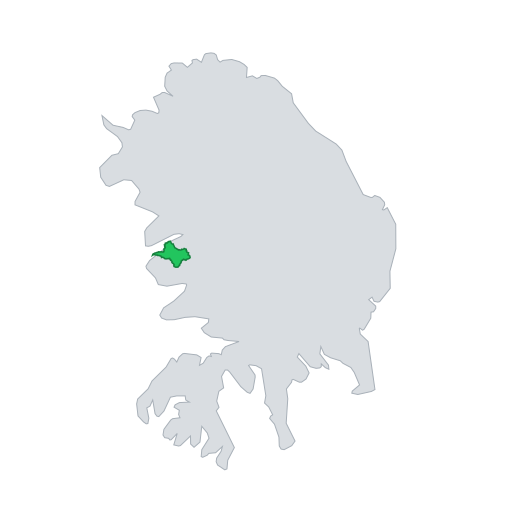 location of Dalvíkurbyggð, Norðurland eystra, Iceland, rotated 262°
{"feature_id": "244011B31014041409595", "entity_name": "Dalvíkurbyggð", "entity_type": "district", "adm_level": 2, "iso_a3": "ISL", "parent_name": "Iceland", "parent_adm1": "Norðurland eystra", "projection": "albers", "projection_center": [-18.585, 65.893], "detail": "fine", "context": "in_parent", "style": "filled", "palette": "green", "viewbox_px": 512, "rotation_deg": 262, "n_neighbors": 0, "source": "geoboundaries", "source_scale": "gbopen_adm2", "svg_char_len": 8110}
<svg xmlns="http://www.w3.org/2000/svg" viewBox="0 0 512 512"><g transform="rotate(262 256 256)"><path d="M382.6,138.9L386.8,139.0L393.5,135.5L402.9,125.8L407.0,123.6L416.5,123.0L405.4,132.6L401.7,142.5L398.7,147.4L398.9,149.5L407.4,154.9L411.3,152.8L413.0,153.4L414.8,156.1L416.2,161.5L415.8,167.3L413.8,173.2L410.8,178.2L411.4,179.7L414.0,180.3L427.5,176.6L429.5,183.5L430.9,185.8L430.7,188.2L425.7,196.1L431.8,190.9L436.8,189.2L445.7,191.0L449.5,193.4L451.9,198.1L456.1,196.2L458.3,198.8L458.6,201.7L457.3,209.9L452.4,214.3L456.0,219.9L458.6,219.8L459.2,221.1L459.2,224.6L455.4,228.9L462.4,232.9L463.4,234.5L463.4,239.7L462.5,242.7L460.6,244.6L455.8,245.3L453.0,247.4L454.3,250.5L454.0,259.3L450.7,266.7L447.4,270.8L444.0,273.5L434.1,271.4L434.9,277.5L431.7,281.5L432.5,284.7L433.9,286.2L433.5,290.3L429.6,299.0L426.6,301.9L420.4,305.6L411.7,313.8L402.5,314.2L380.1,326.3L371.3,332.6L355.7,351.0L348.9,355.8L337.2,358.4L301.9,370.7L298.0,377.8L297.8,379.3L299.4,382.0L296.8,386.9L291.4,390.6L288.8,390.6L284.3,387.6L283.8,389.0L285.6,392.7L268.0,398.8L243.7,395.5L222.3,386.5L205.3,384.4L193.6,372.1L193.4,370.2L194.7,366.6L199.1,365.2L197.1,361.5L189.7,367.6L187.4,367.3L184.4,364.6L184.4,362.1L178.4,361.0L168.4,352.9L167.7,351.2L170.2,348.7L169.8,348.2L164.2,348.4L155.7,355.1L107.2,355.2L105.8,351.4L104.7,337.5L106.8,331.8L108.8,332.5L113.9,340.6L127.0,337.1L132.4,334.4L137.6,327.2L140.5,324.9L144.9,315.6L149.1,310.0L157.3,307.6L150.2,305.6L137.8,312.6L133.7,312.4L135.8,309.1L140.1,305.6L137.3,305.2L136.3,303.5L136.4,299.9L138.8,294.3L153.4,284.9L150.2,282.8L140.0,290.0L132.8,292.3L127.2,288.4L124.7,283.5L125.0,281.4L128.7,275.6L128.3,274.4L126.0,273.6L120.1,267.6L110.3,267.6L86.2,262.6L67.3,268.9L63.2,265.0L60.3,256.9L61.3,254.0L64.6,252.6L73.5,253.5L86.9,250.9L93.2,246.9L95.4,248.2L96.4,250.4L104.7,247.6L109.2,244.0L116.3,246.3L143.6,245.8L147.4,240.8L149.1,234.7L148.6,233.4L138.3,238.5L136.1,238.3L124.7,234.6L120.8,231.0L122.3,228.3L128.7,222.8L144.8,213.8L147.0,212.0L147.4,209.6L141.5,205.1L129.9,205.6L127.2,200.4L117.8,196.9L111.3,198.3L108.2,195.1L69.3,207.9L57.7,199.6L49.2,197.6L48.6,195.3L54.3,188.9L57.8,187.9L61.3,188.9L67.5,194.3L72.0,196.2L66.8,188.6L67.1,181.8L65.5,179.9L64.1,175.2L65.0,173.8L71.8,175.4L82.1,184.1L87.6,183.1L94.9,178.6L79.5,174.6L75.2,168.0L78.9,165.1L86.9,166.1L78.8,154.8L78.6,152.9L80.4,148.3L91.3,153.3L85.9,146.5L85.8,145.1L87.6,144.1L88.8,140.3L91.7,139.0L97.2,140.7L105.4,148.7L106.5,150.8L106.4,158.2L109.9,157.3L113.9,158.6L117.7,153.8L119.9,155.2L121.5,159.8L120.6,169.7L123.2,166.4L127.3,166.4L128.5,158.2L128.1,151.6L115.3,143.3L110.5,137.4L111.2,135.6L113.9,134.1L127.8,133.7L122.1,130.1L120.8,126.7L110.3,127.3L105.1,125.6L105.1,123.9L107.4,121.5L114.0,116.9L126.1,117.2L130.8,118.9L139.5,130.7L146.7,135.6L158.5,151.5L166.3,157.7L166.6,159.2L165.2,160.9L162.0,162.8L166.6,165.7L169.4,169.8L169.5,171.5L166.3,183.6L163.1,187.5L155.6,184.8L157.2,188.8L162.4,193.2L163.6,195.6L162.7,197.8L165.3,197.2L166.0,198.6L164.5,205.5L163.1,207.9L167.5,209.5L170.5,213.1L173.7,227.3L176.2,216.6L177.5,212.7L179.4,211.3L182.0,200.4L187.3,194.1L192.1,191.8L196.8,199.6L200.3,200.5L204.4,187.1L205.1,177.2L204.3,166.2L205.2,158.5L207.7,153.9L210.9,152.5L217.5,157.3L222.8,168.3L231.1,180.3L236.9,183.3L238.0,183.0L239.1,179.1L238.5,163.6L241.3,155.3L248.3,153.4L258.8,145.9L261.2,145.6L266.3,150.0L275.6,165.7L282.3,172.9L285.8,184.4L287.4,186.6L288.8,183.0L288.9,177.8L280.8,153.9L280.6,150.7L281.4,148.0L295.8,149.2L299.1,151.8L309.2,165.4L314.1,159.7L323.5,143.3L326.8,143.8L335.3,150.1L338.6,149.4L348.1,143.3L349.9,135.7L345.3,120.5L346.9,117.3L355.6,113.2L365.3,113.5L375.8,127.3L376.5,133.9L382.6,138.9Z" fill="#d9dde1" stroke="#a8b0b8" stroke-width="1"/><path d="M263.5,190.4L263.7,190.5L263.9,190.6L264.3,190.4L264.8,190.5L265.2,190.5L265.3,190.3L265.4,190.1L265.7,190.0L266.0,189.8L266.3,189.7L266.6,188.9L267.1,189.2L267.5,189.3L268.1,189.5L268.6,189.7L268.8,189.4L269.0,188.9L269.3,188.3L269.4,188.1L269.6,188.0L269.8,188.1L270.2,187.8L270.4,187.9L270.9,188.1L271.2,187.8L271.3,187.6L271.9,187.8L272.3,187.9L272.5,187.8L272.5,187.5L272.6,187.2L273.0,186.7L273.4,186.0L273.2,185.9L272.9,185.2L272.9,184.9L272.8,184.3L272.8,184.2L272.6,183.6L273.0,183.2L272.9,183.1L272.6,182.9L272.5,182.7L272.4,182.4L272.4,182.1L272.4,181.8L272.5,181.4L272.7,181.2L272.9,180.7L272.7,180.4L272.7,180.2L272.9,180.1L273.0,179.9L273.1,179.6L273.5,179.5L273.6,179.3L273.6,179.2L273.7,178.8L273.8,178.7L274.3,178.5L275.1,177.3L275.2,177.1L275.4,176.8L275.6,176.8L275.7,176.7L275.9,176.7L276.0,176.6L277.1,176.3L277.4,176.2L277.7,176.1L278.0,176.0L278.2,175.9L278.4,175.8L279.1,175.8L279.3,175.8L279.3,175.5L279.3,175.1L280.3,173.9L281.7,173.6L282.4,173.3L282.6,173.2L282.6,172.8L282.4,172.5L282.3,172.3L282.4,172.2L282.4,171.9L282.5,171.9L282.5,171.7L282.2,171.4L282.4,171.1L282.3,170.9L282.2,170.9L282.1,170.7L281.7,170.5L281.6,170.4L281.4,170.2L281.3,169.9L281.2,169.8L281.2,169.7L281.3,169.5L281.3,169.4L281.4,169.5L281.5,169.4L281.2,169.1L281.1,168.8L281.1,168.6L280.9,168.4L281.0,168.3L280.9,168.3L280.9,168.2L280.6,167.8L280.6,167.6L280.4,167.5L280.3,167.4L279.8,167.5L279.4,167.4L279.4,167.2L279.3,167.3L279.2,167.3L278.8,167.2L278.7,167.0L278.4,166.9L278.3,167.0L278.2,166.9L278.0,167.0L277.7,167.1L277.6,167.3L277.3,167.4L277.0,167.2L276.7,167.0L276.7,166.9L276.4,166.8L276.4,166.7L276.2,166.6L276.1,166.4L276.0,166.1L275.9,166.0L276.0,166.0L275.9,165.9L275.6,165.7L275.4,165.7L275.1,165.8L274.4,165.8L274.0,165.7L273.5,165.5L273.1,165.2L273.0,164.9L273.0,165.0L272.9,165.0L272.9,164.9L273.1,164.8L273.0,164.7L273.2,164.8L273.1,164.7L272.9,164.4L272.9,164.2L273.0,164.0L273.0,163.8L273.0,163.6L273.1,163.4L273.3,163.2L273.3,162.9L273.3,162.6L273.4,162.3L273.4,162.2L273.3,161.9L273.3,161.6L273.3,161.4L273.4,161.1L273.6,160.8L273.6,160.6L273.7,160.4L273.7,160.1L273.6,159.9L273.4,159.7L273.2,159.5L273.2,159.4L273.2,159.2L273.3,159.1L273.2,159.0L273.3,158.7L273.3,158.3L273.3,158.1L273.1,157.5L273.1,157.4L273.0,157.1L272.9,156.9L272.9,156.5L273.0,156.4L273.0,156.2L272.9,156.0L272.8,155.9L272.7,155.6L272.6,155.3L272.5,155.2L272.5,154.9L272.4,154.9L272.3,154.5L272.2,154.4L272.0,154.1L271.7,154.0L271.7,153.9L271.3,153.7L271.6,154.2L271.6,154.3L271.6,154.6L271.4,154.9L271.4,155.0L271.4,155.4L271.4,155.6L271.2,156.2L271.2,156.3L270.9,156.9L270.9,157.1L270.8,157.4L270.8,157.6L270.7,157.9L270.7,158.1L270.7,158.3L270.7,158.5L270.5,158.8L270.2,158.8L270.2,159.0L270.1,159.4L270.1,159.6L269.9,160.0L269.9,160.3L269.8,160.5L269.6,160.7L269.5,160.8L269.5,161.2L269.3,161.4L269.2,161.5L269.2,161.8L268.9,162.0L268.5,162.2L268.4,162.1L268.0,162.2L267.6,162.2L267.6,162.3L267.6,162.5L267.8,163.1L267.8,163.4L267.3,164.3L267.2,164.5L266.8,164.8L266.5,164.8L266.3,164.9L266.1,165.4L265.9,165.6L265.9,165.8L265.9,166.0L265.7,166.3L265.6,166.7L265.7,167.1L265.8,167.3L265.8,167.6L265.7,167.8L265.7,168.0L265.5,168.3L265.5,168.5L265.5,169.0L265.6,169.3L265.8,169.5L265.8,169.9L265.6,170.3L265.1,170.4L264.7,170.3L264.3,170.5L264.2,170.7L264.1,170.9L264.0,171.1L263.6,170.9L263.0,171.6L262.8,171.7L262.4,171.9L262.2,172.1L261.6,172.0L261.2,172.0L261.1,171.9L261.0,172.0L260.5,172.4L260.3,172.6L260.2,172.7L260.0,173.1L259.6,173.4L259.4,173.4L259.2,173.4L259.1,173.5L258.9,173.7L258.5,173.7L258.4,173.6L257.9,173.4L257.7,173.2L257.2,173.4L256.9,173.5L256.8,173.9L256.7,174.0L256.4,174.4L256.2,174.7L256.1,175.0L256.0,175.5L256.0,175.9L256.0,176.0L256.1,176.4L255.9,176.6L255.9,176.9L255.9,177.1L255.9,177.3L256.0,177.4L256.5,177.8L256.7,178.0L257.1,178.6L257.2,179.0L257.5,178.9L258.0,179.0L258.5,179.3L258.5,179.5L258.7,179.8L259.0,180.0L259.2,180.4L259.4,180.4L259.7,180.5L260.3,180.9L260.3,181.1L260.6,181.2L261.0,181.3L261.4,181.3L261.6,181.7L261.7,181.8L262.0,182.0L262.0,182.4L261.9,182.6L262.1,183.0L262.4,183.0L262.5,183.3L262.9,183.7L262.9,183.8L262.9,184.0L262.4,184.6L261.8,185.2L262.1,185.4L262.2,185.5L262.0,185.8L261.8,186.1L261.7,186.3L261.7,186.5L262.3,186.8L262.5,187.2L262.6,187.4L262.5,187.8L262.5,188.0L262.6,188.5L262.7,189.0L262.8,189.3L263.0,189.6L263.2,190.2L263.3,190.3L263.5,190.4Z" fill="#22c55e" stroke="#15803d" stroke-width="1.5"/></g></svg>